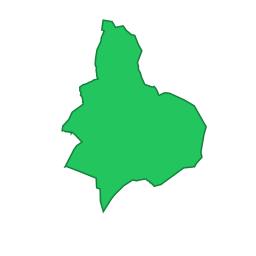 O'lziit, Bayanhongor, Mongolia, rotated 302°
{"feature_id": "93677404B2040625721248", "entity_name": "O'lziit", "entity_type": "district", "adm_level": 2, "iso_a3": "MNG", "parent_name": "Mongolia", "parent_adm1": "Bayanhongor", "projection": "natural_earth1", "projection_center": [100.982, 45.969], "detail": "fine", "context": "isolated", "style": "filled", "palette": "green", "viewbox_px": 256, "rotation_deg": 302, "n_neighbors": 0, "source": "geoboundaries", "source_scale": "gbopen_adm2", "svg_char_len": 2520}
<svg xmlns="http://www.w3.org/2000/svg" viewBox="0 0 256 256"><g transform="rotate(302 128 128)"><path d="M44.0,151.4L58.6,151.4L64.4,152.0L76.9,155.0L86.4,159.5L87.7,163.1L91.2,166.6L94.3,170.2L94.4,170.5L94.3,170.8L94.0,171.2L93.8,171.7L93.8,172.0L93.8,172.4L93.8,173.0L93.9,173.7L94.0,174.0L94.1,174.4L94.0,174.7L93.8,175.1L93.5,175.3L93.3,175.7L93.4,175.9L93.5,176.3L93.5,176.6L93.7,176.8L93.7,177.1L93.7,177.3L93.5,177.6L93.3,177.9L93.2,178.1L93.3,178.5L93.2,178.9L93.1,179.1L93.0,179.3L92.9,179.6L93.0,180.3L92.4,181.1L97.6,185.9L123.6,196.3L130.4,205.0L134.3,204.7L142.4,206.2L145.7,203.0L147.4,202.1L162.8,195.8L170.4,193.7L181.9,172.4L181.6,161.1L179.4,144.3L179.1,144.2L178.9,144.1L178.6,143.8L178.5,143.5L178.4,143.4L178.4,143.1L178.5,142.9L178.5,142.7L178.3,142.5L178.2,142.2L178.1,141.9L178.0,141.7L177.9,141.5L177.7,141.3L177.6,141.0L177.4,140.8L177.2,140.5L176.9,140.2L176.7,140.0L176.5,139.7L176.2,139.6L175.9,139.4L175.6,139.3L175.3,139.1L175.0,138.9L174.7,138.7L174.4,138.7L174.1,138.5L173.9,138.1L173.6,137.9L173.1,137.7L172.7,137.5L172.4,137.1L172.3,136.4L174.1,134.3L175.8,131.4L177.1,128.2L175.6,127.1L173.8,119.1L178.3,112.4L181.5,109.0L182.9,106.1L186.4,103.7L188.5,101.3L200.8,98.8L204.5,92.1L210.1,84.7L208.9,81.4L209.9,74.7L212.0,69.7L206.7,64.1L209.8,58.2L206.3,49.8L197.3,53.8L197.7,56.4L190.6,57.5L187.1,59.1L178.1,60.2L170.6,63.3L164.4,66.5L162.3,69.3L160.2,70.3L154.6,74.9L153.8,76.6L151.5,74.5L151.4,74.3L151.2,74.1L150.9,73.8L150.6,73.6L150.3,73.3L150.0,73.1L149.7,73.0L148.9,72.8L148.0,72.3L147.4,71.9L146.7,71.3L146.0,70.7L145.5,70.5L144.8,70.1L144.1,69.7L143.6,69.5L143.1,69.0L142.6,68.6L141.0,67.0L137.1,65.4L135.2,66.8L134.5,67.1L134.2,67.3L134.0,67.6L133.7,68.2L133.5,68.6L133.4,69.0L133.0,69.4L132.3,69.8L131.8,70.0L131.3,70.1L130.7,70.3L130.5,70.5L130.4,70.9L130.4,71.5L130.3,71.8L130.1,72.3L129.7,72.8L129.3,73.2L129.1,73.4L128.7,73.9L128.2,74.3L127.5,75.0L127.1,75.3L126.2,75.7L125.9,75.8L125.8,76.1L125.6,76.5L125.4,76.7L125.0,76.9L124.4,77.4L111.8,72.3L103.9,73.3L95.2,71.7L90.8,73.5L90.8,73.8L91.0,74.0L91.5,74.5L91.7,75.2L91.8,75.7L91.8,76.0L91.7,76.6L91.7,76.9L91.8,77.1L92.0,77.5L92.5,78.0L92.7,78.3L92.8,78.6L92.8,79.1L92.9,79.3L93.1,79.4L93.2,79.7L93.3,79.8L93.4,80.1L93.5,80.2L93.5,80.4L93.5,80.6L93.5,80.8L93.8,81.1L93.9,81.3L93.9,81.8L93.9,82.2L93.3,82.7L94.7,82.6L94.3,86.4L93.5,89.5L91.7,96.4L85.9,93.9L81.1,93.6L61.7,95.2L62.8,96.1L65.2,108.7L68.6,127.6L60.7,133.1L61.4,136.7L50.9,143.7L44.0,151.4Z" fill="#22c55e" stroke="#15803d" stroke-width="1.5"/></g></svg>